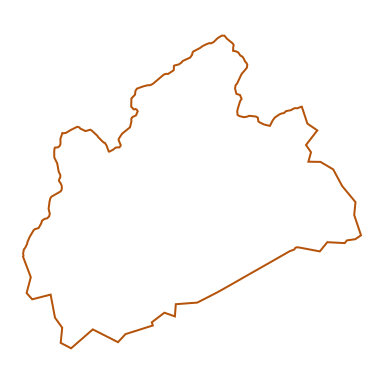 outline of Madison, North Carolina, United States of America
{"feature_id": "52423323B54912107287089", "entity_name": "Madison", "entity_type": "district", "adm_level": 2, "iso_a3": "USA", "parent_name": "United States of America", "parent_adm1": "North Carolina", "projection": "equal_earth", "projection_center": [-82.727, 35.872], "detail": "fine", "context": "isolated", "style": "outline", "palette": "amber", "viewbox_px": 384, "rotation_deg": 0, "n_neighbors": 0, "source": "geoboundaries", "source_scale": "gbopen_adm2", "svg_char_len": 2503}
<svg xmlns="http://www.w3.org/2000/svg" viewBox="0 0 384 384"><path d="M62.4,133.0L60.4,138.9L60.5,144.0L60.0,145.2L59.4,146.3L57.6,147.4L55.0,147.6L54.5,148.5L54.2,151.9L54.3,157.5L57.2,163.4L58.7,171.7L60.3,175.0L60.3,177.2L59.2,179.3L59.0,181.0L60.8,183.6L61.6,185.5L61.9,187.5L61.6,189.8L60.6,191.4L51.4,196.7L50.3,198.4L49.6,201.2L48.6,208.8L49.8,213.8L49.1,216.4L47.2,218.3L44.6,218.9L42.0,220.7L41.2,223.4L38.6,228.0L34.7,229.3L33.7,230.1L29.7,236.9L27.4,242.1L27.2,243.7L25.5,247.3L23.8,249.6L23.1,253.9L23.5,255.9L23.0,256.7L30.8,277.2L26.6,293.0L32.2,299.3L50.6,294.6L55.0,317.7L62.2,327.7L60.7,342.9L71.1,348.3L92.8,329.4L118.0,342.2L125.5,334.1L152.8,325.5L151.8,322.3L164.4,312.7L174.9,316.4L175.8,304.2L197.3,302.6L217.0,292.5L224.9,288.1L289.9,251.1L293.9,249.7L294.5,249.1L295.1,248.2L295.5,247.8L296.3,247.4L297.2,247.3L299.2,247.5L319.8,251.4L327.3,242.2L344.7,243.1L346.9,240.4L355.3,239.2L361.0,235.3L354.2,215.0L355.5,202.1L342.2,186.1L333.2,169.4L320.5,161.9L308.4,161.7L311.0,152.2L306.0,145.0L317.3,130.4L307.4,123.6L301.8,106.7L300.8,106.9L297.4,108.3L295.1,108.1L292.5,109.1L291.3,110.1L286.1,111.1L284.0,113.0L281.2,113.6L279.3,114.5L274.9,117.5L272.7,120.4L269.9,125.9L264.0,124.5L259.3,122.2L258.4,121.5L257.8,117.6L255.8,116.5L249.1,115.8L247.4,116.6L244.0,117.2L239.5,116.1L237.6,115.0L237.2,111.7L237.6,109.3L240.1,101.2L241.6,98.9L240.0,95.0L236.5,93.9L236.3,93.5L235.0,88.4L235.5,85.9L235.8,84.9L237.0,83.7L241.6,74.0L244.1,71.1L246.9,67.7L247.3,64.8L246.5,63.0L244.9,61.2L243.7,58.5L242.4,56.6L240.4,55.6L238.3,52.5L235.9,51.3L233.1,50.8L233.2,47.4L233.7,45.0L232.8,43.5L226.9,38.7L224.5,35.7L221.6,35.7L217.7,38.1L213.6,42.1L210.8,43.4L209.3,43.1L206.0,44.4L202.6,46.1L199.8,48.1L193.3,51.5L192.6,52.4L192.1,54.8L190.1,57.6L182.7,61.0L181.4,62.6L178.8,64.4L174.1,65.6L173.8,67.0L173.9,69.1L173.6,70.3L168.0,74.0L166.3,73.8L163.9,74.5L152.8,83.9L150.1,85.2L147.3,85.3L143.5,86.3L137.0,88.6L136.2,89.7L135.4,91.1L135.0,94.7L131.4,98.4L131.4,99.1L131.2,106.6L133.5,109.2L134.4,109.4L135.4,109.0L136.8,109.7L137.7,111.3L136.0,115.4L132.7,116.9L131.8,117.8L131.3,118.9L131.4,121.6L130.0,127.3L122.1,133.7L118.8,138.7L118.6,139.6L118.9,140.8L120.7,145.0L120.6,145.9L119.3,147.4L116.9,147.4L115.6,147.7L112.6,150.0L109.1,151.7L108.6,151.2L106.5,145.4L104.8,142.8L104.0,142.7L102.1,141.1L98.0,136.9L97.3,135.7L92.0,130.8L90.4,129.7L85.4,131.1L80.2,128.5L79.4,127.4L77.2,126.8L71.3,129.7L65.9,132.9L63.3,133.3L62.4,133.0Z" fill="none" stroke="#b45309" stroke-width="2"/></svg>